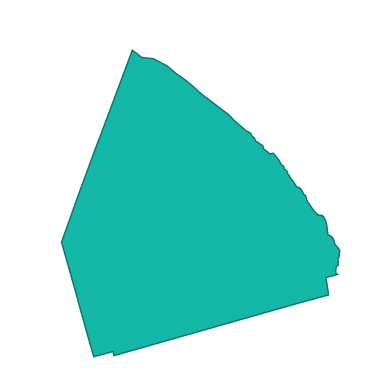 outline of St. Lawrence, New York, United States of America, rotated 81°
{"feature_id": "52423323B93912655119641", "entity_name": "St. Lawrence", "entity_type": "district", "adm_level": 2, "iso_a3": "USA", "parent_name": "United States of America", "parent_adm1": "New York", "projection": "natural_earth1", "projection_center": [-75.114, 44.533], "detail": "fine", "context": "isolated", "style": "filled", "palette": "teal", "viewbox_px": 384, "rotation_deg": 81, "n_neighbors": 0, "source": "geoboundaries", "source_scale": "gbopen_adm2", "svg_char_len": 1102}
<svg xmlns="http://www.w3.org/2000/svg" viewBox="0 0 384 384"><g transform="rotate(81 192 192)"><path d="M197.0,315.5L221.1,328.7L267.8,323.1L287.1,321.0L313.8,317.9L339.3,314.8L337.2,295.0L341.4,294.6L319.3,112.1L315.0,73.2L297.5,73.1L296.1,61.2L295.0,62.5L292.0,62.4L288.5,61.2L286.6,58.7L281.2,58.5L279.8,57.2L278.4,56.7L276.7,56.0L275.3,56.1L273.7,55.3L271.9,55.6L269.3,56.9L267.5,58.3L265.8,59.0L264.3,59.4L262.4,59.4L260.0,59.8L257.2,61.8L255.6,64.5L248.5,64.2L246.9,64.1L241.2,64.5L236.6,66.2L235.2,67.8L235.1,69.4L233.9,71.5L229.0,74.9L221.6,78.3L220.2,79.5L213.4,80.4L211.5,82.1L208.3,83.0L205.1,84.7L203.1,88.0L198.2,90.0L193.0,92.8L191.2,93.3L189.7,94.4L186.2,95.0L184.0,97.1L181.1,97.4L178.0,100.0L175.1,100.8L171.8,102.4L166.3,105.9L166.6,109.0L160.5,114.6L157.6,114.8L153.2,119.3L151.9,121.1L148.5,122.0L146.3,123.9L142.6,125.2L140.3,128.7L128.3,138.9L122.0,143.2L105.2,159.2L96.8,167.4L86.9,175.2L79.3,182.1L72.5,189.2L63.7,196.8L54.3,209.3L51.4,220.5L42.6,228.7L120.9,273.0L135.2,281.3L142.5,285.3L176.6,304.4L197.0,315.5Z" fill="#14b8a6" stroke="#0f766e" stroke-width="1.5"/></g></svg>